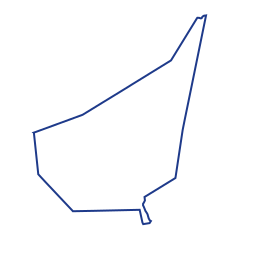 Veracruz, Copán, Honduras, rotated 80°
{"feature_id": "27666195B16497975413079", "entity_name": "Veracruz", "entity_type": "district", "adm_level": 2, "iso_a3": "HND", "parent_name": "Honduras", "parent_adm1": "Copán", "projection": "robinson", "projection_center": [-88.814, 14.889], "detail": "fine", "context": "isolated", "style": "outline", "palette": "blue", "viewbox_px": 256, "rotation_deg": 80, "n_neighbors": 0, "source": "geoboundaries", "source_scale": "gbopen_adm2", "svg_char_len": 1136}
<svg xmlns="http://www.w3.org/2000/svg" viewBox="0 0 256 256"><g transform="rotate(80 128 128)"><path d="M203.1,124.5L202.2,123.9L198.8,123.7L185.5,90.0L184.1,89.5L139.4,74.5L128.4,70.2L101.4,59.5L30.7,31.6L30.7,31.9L30.7,32.0L30.7,32.3L30.7,32.5L30.7,32.8L30.6,33.0L30.6,33.3L30.6,33.5L30.7,33.8L30.7,34.0L30.8,34.1L30.8,34.3L31.0,34.7L31.2,35.0L31.3,35.1L31.4,35.3L31.5,35.5L31.8,35.8L32.0,36.0L32.3,36.2L32.4,36.3L32.5,36.3L32.6,36.5L32.7,36.8L32.7,37.0L32.7,37.3L32.6,37.5L32.4,37.8L32.3,38.0L32.2,38.2L32.1,38.3L32.1,38.5L31.9,38.8L31.9,39.0L31.8,39.3L31.7,39.5L31.6,39.9L31.6,40.2L31.5,40.4L31.5,40.6L32.2,41.3L68.9,73.9L77.7,96.1L86.0,117.0L87.0,119.4L94.5,138.4L98.3,148.1L107.1,170.4L111.8,196.7L116.0,220.2L116.2,221.6L116.3,221.5L158.0,224.4L167.0,218.6L199.1,197.5L200.4,196.7L203.7,175.7L210.6,130.7L223.6,130.2L225.3,129.7L225.4,123.3L223.6,121.6L222.9,122.4L222.3,122.8L221.7,122.9L220.8,123.3L219.7,123.4L218.2,123.6L216.7,123.7L215.5,124.0L214.6,124.4L213.6,124.8L212.8,125.2L211.3,125.5L209.4,125.9L208.1,126.2L206.8,126.6L205.2,126.3L204.4,125.5L203.1,124.5Z" fill="none" stroke="#1e3a8a" stroke-width="2"/></g></svg>